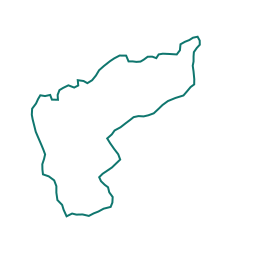 the district of Alvorada, Rio Grande do Sul, Brazil, rotated 342°
{"feature_id": "56859067B1386586306999", "entity_name": "Alvorada", "entity_type": "district", "adm_level": 2, "iso_a3": "BRA", "parent_name": "Brazil", "parent_adm1": "Rio Grande do Sul", "projection": "albers", "projection_center": [-51.03, -30.004], "detail": "fine", "context": "isolated", "style": "outline", "palette": "teal", "viewbox_px": 256, "rotation_deg": 342, "n_neighbors": 0, "source": "geoboundaries", "source_scale": "gbopen_adm2", "svg_char_len": 1416}
<svg xmlns="http://www.w3.org/2000/svg" viewBox="0 0 256 256"><g transform="rotate(342 128 128)"><path d="M222.0,71.0L223.2,67.0L222.4,62.7L217.7,62.2L213.5,63.3L208.8,63.6L203.8,64.6L201.4,70.1L197.1,73.1L190.5,70.5L184.1,68.1L179.9,67.5L176.5,70.3L173.2,67.7L168.8,66.3L164.0,67.9L160.4,68.7L156.4,67.7L152.8,66.0L149.1,64.8L148.6,58.6L142.4,56.5L136.5,57.5L131.5,58.9L124.2,61.6L118.4,64.1L113.7,68.2L108.6,71.5L103.2,72.8L100.3,69.6L95.0,67.0L93.8,72.2L89.3,72.9L84.5,69.0L78.8,69.8L74.5,70.8L71.3,74.8L70.1,79.5L64.4,77.5L64.2,72.5L59.0,72.0L54.7,69.8L51.4,72.7L48.1,76.3L42.8,80.0L40.6,85.7L40.0,90.2L39.6,96.0L39.1,103.1L39.6,108.7L40.4,117.3L40.8,122.3L41.0,127.5L38.6,131.5L35.3,136.0L33.8,141.0L32.8,145.8L37.7,149.5L41.6,155.0L41.9,161.2L39.9,167.3L38.6,174.7L41.6,180.8L41.5,185.8L42.3,193.0L48.4,192.1L52.1,194.4L58.1,196.2L63.6,199.5L69.0,198.6L74.0,198.3L79.9,197.2L87.1,197.7L90.1,194.1L92.1,188.9L90.3,183.4L90.7,178.2L88.3,174.8L85.9,170.3L85.4,165.9L89.7,163.7L100.5,160.6L110.8,155.6L110.6,150.0L108.3,143.5L106.3,136.9L105.0,131.5L110.6,129.1L114.5,126.2L121.1,125.0L127.7,122.6L132.4,121.0L136.7,119.4L141.6,119.9L146.5,121.8L151.2,122.2L157.0,122.0L162.2,119.6L167.9,116.8L174.3,114.7L182.4,114.1L190.8,114.2L195.9,111.1L200.2,108.4L204.4,107.0L206.1,102.1L207.8,94.5L208.8,88.8L210.9,85.0L212.5,80.1L214.1,76.2L218.2,73.1L222.0,71.0Z" fill="none" stroke="#0f766e" stroke-width="2"/></g></svg>